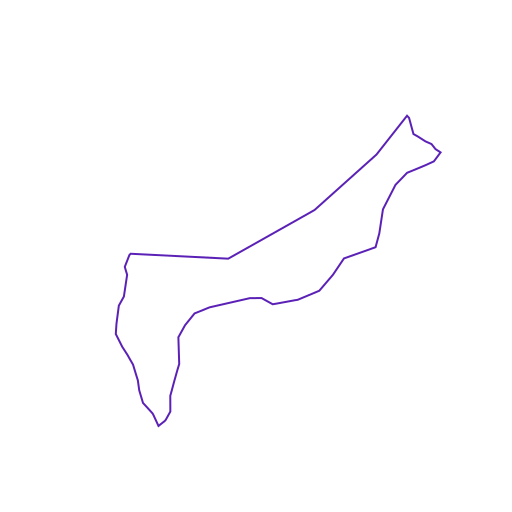 outline of Lenny Hill, Soufrière, Saint Lucia, rotated 29°
{"feature_id": "8701671B81462153055318", "entity_name": "Lenny Hill", "entity_type": "district", "adm_level": 2, "iso_a3": "LCA", "parent_name": "Saint Lucia", "parent_adm1": "Soufrière", "projection": "equal_earth", "projection_center": [-61.059, 13.851], "detail": "fine", "context": "isolated", "style": "outline", "palette": "violet", "viewbox_px": 512, "rotation_deg": 29, "n_neighbors": 0, "source": "geoboundaries", "source_scale": "gbopen_adm2", "svg_char_len": 922}
<svg xmlns="http://www.w3.org/2000/svg" viewBox="0 0 512 512"><g transform="rotate(29 256 256)"><path d="M320.1,60.1L312.2,108.8L284.9,187.4L233.0,271.8L145.3,314.8L144.8,316.5L146.5,329.1L148.9,331.5L152.4,334.9L160.1,355.5L160.1,365.9L165.7,380.1L166.9,383.1L171.2,392.2L183.1,400.3L185.0,401.3L191.7,404.9L195.9,407.5L201.1,410.6L208.1,417.4L213.0,422.1L219.0,430.1L228.4,439.3L237.7,442.4L242.0,443.9L243.8,445.1L253.1,451.9L256.2,444.5L256.5,442.9L256.5,433.6L248.8,419.8L247.7,415.2L245.4,406.0L242.5,393.7L241.2,387.7L227.5,364.7L227.5,350.9L230.1,336.0L240.3,323.4L271.0,295.9L281.2,290.1L294.0,290.1L296.9,287.8L311.5,275.8L313.7,274.1L328.2,255.7L332.4,235.1L334.1,215.5L350.3,197.2L356.3,190.3L352.9,176.5L344.4,153.6L343.5,126.1L347.8,110.0L359.7,95.1L365.7,87.0L367.2,75.9L361.2,75.5L355.2,73.0L348.6,73.6L339.3,73.0L334.6,73.0L322.9,61.0L320.1,60.1Z" fill="none" stroke="#5b21b6" stroke-width="2"/></g></svg>